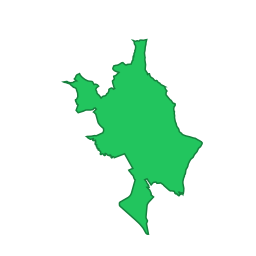 Puerto Colombia, Atlántico, Colombia (Equal Earth projection), rotated 115°
{"feature_id": "7082276B53697702098906", "entity_name": "Puerto Colombia", "entity_type": "district", "adm_level": 2, "iso_a3": "COL", "parent_name": "Colombia", "parent_adm1": "Atlántico", "projection": "equal_earth", "projection_center": [-74.901, 10.997], "detail": "fine", "context": "isolated", "style": "filled", "palette": "green", "viewbox_px": 256, "rotation_deg": 115, "n_neighbors": 0, "source": "geoboundaries", "source_scale": "gbopen_adm2", "svg_char_len": 5774}
<svg xmlns="http://www.w3.org/2000/svg" viewBox="0 0 256 256"><g transform="rotate(115 128 128)"><path d="M163.6,50.3L161.8,50.8L159.1,51.9L154.9,54.9L153.2,55.7L150.5,56.3L149.2,56.5L148.3,56.4L146.8,56.9L145.3,56.7L141.2,57.9L138.6,57.6L137.0,57.7L136.1,58.0L134.5,58.2L131.3,58.1L129.6,57.8L127.0,56.6L124.2,56.6L120.3,55.5L116.4,55.5L115.7,55.0L115.0,54.9L114.5,54.4L111.3,54.2L110.2,54.4L109.5,55.7L109.5,56.7L109.3,57.2L109.2,60.0L108.9,62.6L109.0,63.2L109.3,63.9L109.9,68.4L110.7,72.2L110.9,75.0L110.8,76.2L110.2,77.2L109.9,78.9L109.6,79.8L109.4,80.1L108.1,81.1L107.4,81.8L106.8,82.8L105.9,84.5L103.5,86.4L102.3,87.8L99.0,90.2L97.2,90.9L95.5,92.1L93.3,93.0L93.3,93.5L91.3,94.7L89.1,95.2L88.3,94.9L87.4,94.9L86.3,95.4L86.2,95.7L86.5,96.0L86.2,96.8L86.5,97.0L86.5,97.6L85.6,99.2L85.1,100.0L84.7,100.8L84.6,101.9L82.0,107.3L81.4,107.8L79.4,108.6L78.1,108.3L77.8,108.6L77.4,109.7L76.4,111.0L75.4,112.0L75.2,112.1L75.0,111.8L75.0,112.2L74.7,113.7L74.9,114.5L74.7,115.0L74.9,115.6L74.8,116.1L74.2,117.8L74.0,118.0L73.9,119.4L73.7,120.4L72.9,121.6L72.9,122.3L73.5,122.9L73.6,123.3L73.6,123.9L73.3,124.9L72.7,126.0L72.4,127.0L72.5,127.2L72.5,127.5L72.3,128.7L71.1,130.5L70.0,131.3L69.8,131.5L70.2,132.3L71.3,132.7L71.2,133.0L70.0,133.8L68.2,136.7L67.7,137.2L63.2,138.8L59.0,141.6L56.7,142.4L56.0,143.0L53.0,144.8L50.2,145.5L47.3,146.6L44.4,147.2L43.0,147.8L40.0,148.4L42.0,151.1L42.9,153.6L43.5,154.4L44.5,154.7L44.8,155.3L44.9,156.2L45.3,156.9L45.9,157.3L46.5,158.5L46.6,158.8L46.4,159.8L46.5,160.3L46.7,159.8L46.8,159.2L49.0,157.8L50.3,155.9L52.1,155.0L53.8,154.5L54.8,154.6L55.8,154.0L57.9,154.0L59.5,153.4L60.1,153.4L60.9,153.0L61.0,153.5L63.8,152.5L64.3,152.2L65.1,152.5L68.8,152.2L70.7,155.6L71.3,155.8L71.7,156.4L71.8,157.0L71.7,157.9L70.9,160.3L71.6,161.3L74.0,162.8L75.6,164.2L76.4,165.6L77.7,167.1L80.0,167.0L80.7,166.8L81.2,166.2L81.7,164.8L81.8,164.2L81.7,161.5L81.4,159.7L85.4,161.2L86.2,161.8L87.1,162.8L87.5,162.7L88.6,161.6L89.5,161.2L90.5,161.3L91.7,162.0L92.1,161.9L93.8,160.7L96.0,158.7L96.9,158.1L97.8,156.7L99.0,157.6L98.6,158.8L98.7,159.8L99.2,160.4L100.3,161.2L101.1,161.6L102.6,161.0L104.7,161.0L105.4,161.2L105.7,161.6L106.0,161.7L107.0,161.7L107.9,161.9L108.7,162.5L109.7,164.0L110.8,164.6L112.2,165.1L110.6,167.9L110.1,169.7L109.7,170.5L109.2,171.1L108.2,171.7L107.0,173.3L106.2,173.6L104.8,173.5L102.5,172.3L102.1,173.2L101.8,174.1L101.9,175.4L102.2,176.3L103.0,177.1L101.3,179.4L101.1,179.9L101.1,180.4L102.2,183.8L102.3,185.4L102.2,187.6L101.6,190.3L101.2,191.6L100.3,193.6L99.2,194.9L100.1,195.6L101.0,196.5L101.8,196.9L102.9,197.1L104.4,196.9L106.2,197.4L107.0,194.5L107.8,195.7L108.7,196.2L109.1,196.7L109.7,196.9L110.2,197.3L110.7,198.3L111.2,198.8L111.8,201.4L111.6,202.8L111.7,203.2L113.5,205.8L113.5,205.0L113.1,203.8L112.8,200.8L112.7,200.5L112.6,199.8L112.7,199.0L113.1,198.2L113.8,195.5L114.1,194.8L113.9,192.5L114.2,191.7L114.5,191.3L115.3,190.7L115.6,190.3L116.0,190.2L116.3,189.6L117.0,189.1L117.5,188.5L120.8,186.7L123.5,186.7L124.0,186.8L124.4,187.4L124.9,187.5L125.4,186.9L125.9,186.7L126.1,186.1L127.0,185.5L127.3,184.6L127.9,184.5L128.1,184.0L128.1,183.4L128.2,183.0L133.9,182.5L135.2,179.6L131.6,175.6L129.6,173.9L128.8,172.4L127.7,169.9L126.4,168.0L125.6,167.4L124.8,167.3L123.7,166.3L124.3,164.7L128.1,166.0L128.1,165.6L129.1,163.0L135.9,157.2L137.1,155.1L137.9,153.1L138.8,150.0L141.0,148.8L143.0,148.8L148.5,153.5L148.9,154.9L151.0,157.8L153.0,161.6L153.2,161.8L153.2,161.5L153.6,161.0L153.8,160.4L154.1,158.0L154.1,157.2L153.5,156.5L153.2,155.8L152.3,155.2L152.2,155.0L152.3,154.8L152.8,154.8L153.5,155.0L153.7,154.8L153.9,154.8L154.1,154.4L153.9,153.7L153.4,153.1L153.3,152.6L153.0,152.4L152.9,152.3L153.5,151.9L153.9,151.9L154.1,151.4L154.3,151.3L154.5,151.4L154.6,151.2L154.9,151.2L155.1,151.4L155.7,150.9L155.9,150.8L156.2,151.1L156.8,150.6L156.9,150.0L156.7,149.9L156.6,149.2L157.3,149.2L158.1,148.8L158.3,148.6L158.3,148.1L158.8,147.6L159.1,147.6L159.1,147.1L159.3,147.0L159.3,146.6L159.5,146.6L159.4,146.0L159.7,146.1L159.8,145.9L160.4,145.8L160.5,145.3L160.2,144.8L160.2,144.5L160.9,143.5L161.0,142.9L161.8,142.4L163.1,142.2L163.4,142.0L163.5,141.4L163.4,141.2L162.5,140.7L162.1,140.0L162.3,139.4L162.8,138.2L162.9,137.7L162.5,137.2L162.2,137.1L160.8,138.0L160.6,137.7L160.5,137.2L160.7,136.3L161.1,135.6L161.2,134.5L161.1,134.0L160.7,133.4L160.8,133.1L160.3,133.1L160.1,132.9L159.9,132.3L160.2,131.8L160.5,131.8L161.5,131.1L161.8,130.8L161.7,130.4L161.9,130.2L161.5,129.8L161.0,130.1L160.4,129.8L160.2,129.2L160.2,128.9L160.4,128.2L160.7,127.9L152.8,120.2L162.6,106.5L163.8,107.7L165.9,109.5L166.4,108.8L167.5,106.4L168.0,105.8L168.9,103.4L169.2,103.0L170.8,101.5L171.8,100.3L171.9,100.1L171.9,99.6L185.8,97.3L188.2,97.4L190.6,98.3L198.5,103.9L199.6,104.1L201.6,103.1L202.3,102.1L208.1,82.6L209.4,78.6L210.0,76.9L211.4,73.8L212.5,71.7L215.7,67.3L216.0,66.5L216.0,65.4L215.6,64.6L207.1,70.7L206.6,70.9L204.5,71.0L203.8,71.2L202.3,73.2L201.3,74.0L189.9,78.1L188.9,78.2L186.8,78.0L179.7,75.7L178.9,78.7L178.7,78.6L177.9,79.1L177.6,79.6L177.2,79.7L175.2,82.0L173.7,85.6L172.8,83.9L171.3,85.6L171.2,85.4L170.7,86.1L170.2,87.3L169.0,88.6L168.9,88.6L167.8,91.0L166.0,89.3L169.8,83.0L166.8,82.1L166.4,81.7L165.5,80.4L165.2,79.7L165.6,78.8L165.9,78.4L164.5,75.9L164.3,75.9L163.9,75.5L164.5,71.9L164.9,71.3L166.9,64.6L167.1,63.5L167.0,62.8L166.4,61.7L165.9,59.5L166.1,59.0L167.0,58.2L167.4,57.7L167.5,57.0L167.0,56.8L167.2,56.3L167.1,56.1L167.4,55.5L167.2,55.4L167.8,54.2L167.9,53.2L167.6,53.0L167.1,53.2L166.7,53.0L166.4,53.1L165.9,52.1L165.5,52.1L165.1,53.4L165.2,54.0L164.7,54.8L164.4,54.3L164.4,53.6L165.1,52.5L165.0,52.1L165.4,51.8L164.9,51.4L164.3,52.1L164.1,52.0L164.1,51.7L164.5,51.2L164.7,50.7L165.0,50.2L164.6,50.3L163.7,50.8L163.6,50.4L163.6,50.3Z" fill="#22c55e" stroke="#15803d" stroke-width="1.5"/></g></svg>